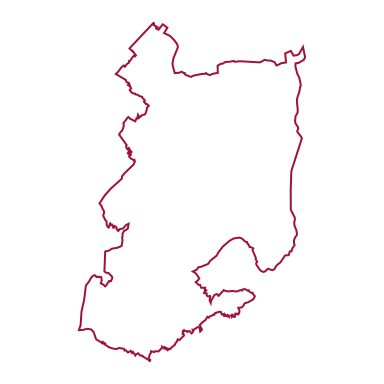 outline of Soledad Atzompa, Veracruz, Mexico
{"feature_id": "50627088B15412930906672", "entity_name": "Soledad Atzompa", "entity_type": "district", "adm_level": 2, "iso_a3": "MEX", "parent_name": "Mexico", "parent_adm1": "Veracruz", "projection": "robinson", "projection_center": [-97.186, 18.707], "detail": "fine", "context": "isolated", "style": "outline", "palette": "rose", "viewbox_px": 384, "rotation_deg": 0, "n_neighbors": 0, "source": "geoboundaries", "source_scale": "gbopen_adm2", "svg_char_len": 5997}
<svg xmlns="http://www.w3.org/2000/svg" viewBox="0 0 384 384"><path d="M113.3,348.6L116.3,349.1L118.9,348.0L122.7,348.5L124.2,349.0L124.5,350.5L125.7,350.2L128.0,352.5L130.6,350.8L131.9,353.0L132.9,351.8L135.3,355.5L136.2,354.2L138.3,353.3L140.0,355.4L142.3,355.7L142.2,356.1L149.0,360.2L149.5,361.0L150.1,360.7L150.3,360.0L148.6,358.8L149.8,354.3L150.8,353.1L151.1,351.2L154.3,352.1L154.5,351.5L155.3,351.3L158.5,351.4L161.0,348.9L162.1,347.4L162.1,346.8L163.7,348.2L164.0,347.7L164.4,348.1L164.5,347.1L166.6,348.1L165.9,348.7L167.6,350.2L169.0,348.8L169.5,349.3L170.7,348.6L171.4,347.6L175.0,344.7L175.3,343.3L176.8,341.8L177.7,339.3L179.5,340.0L184.0,335.5L183.4,334.5L183.6,333.5L183.4,333.2L182.7,333.6L182.8,331.0L183.8,330.3L183.9,331.0L186.6,330.9L187.3,332.0L188.1,331.4L189.5,331.0L191.5,333.4L192.8,332.3L193.3,330.9L192.7,330.3L192.6,329.7L193.5,329.9L197.8,327.0L199.6,327.9L200.2,331.5L202.0,329.6L199.7,325.1L202.5,322.2L205.3,320.2L207.5,316.8L208.8,317.7L209.9,316.3L212.0,315.6L212.7,314.9L213.8,314.9L213.6,314.5L215.6,313.2L215.5,312.9L219.8,311.7L220.8,311.9L221.2,313.2L221.7,313.4L222.1,314.6L223.2,314.1L223.7,314.5L224.2,316.1L225.3,315.8L225.3,315.0L225.8,315.7L226.8,316.3L227.2,315.1L227.5,314.9L228.9,316.7L229.0,315.8L231.7,315.7L232.2,314.6L232.7,314.9L232.2,316.7L233.1,316.0L234.2,317.0L234.9,316.8L235.2,313.7L237.5,313.7L237.4,314.5L237.9,314.6L239.2,313.2L239.5,310.6L238.3,307.8L241.6,307.5L243.7,305.4L243.8,304.6L244.8,303.2L248.1,302.3L253.3,299.3L254.9,296.2L253.2,294.3L252.6,292.7L251.0,292.8L249.0,291.1L248.7,290.3L248.0,290.8L245.6,289.4L244.2,289.1L242.8,289.4L242.1,290.6L241.0,290.1L240.0,290.3L237.5,291.3L235.6,291.5L233.1,291.0L227.6,291.4L225.3,290.9L223.8,290.1L218.6,295.9L218.0,295.5L217.5,294.4L216.6,294.1L214.4,295.0L211.0,301.1L210.7,302.9L209.6,300.3L210.3,296.2L210.0,295.9L208.1,296.4L207.3,296.1L206.6,294.8L206.7,293.4L204.0,293.1L204.1,292.6L206.3,290.3L205.7,289.8L204.8,289.9L204.7,289.0L205.1,287.7L201.2,287.8L200.1,284.9L198.5,284.8L195.7,282.1L197.7,280.6L199.3,278.4L196.4,274.1L195.2,272.8L192.9,271.5L196.7,269.7L198.5,267.1L199.6,267.2L202.1,266.4L208.1,263.9L210.1,260.9L216.7,255.6L218.1,252.8L222.9,246.5L229.7,240.7L233.9,238.4L239.4,237.6L241.7,238.4L245.8,242.0L247.1,242.1L247.5,243.8L248.4,244.2L249.6,247.0L250.4,246.9L253.3,248.4L252.6,250.0L252.7,250.6L255.8,257.8L255.8,259.5L257.2,261.7L256.5,262.6L256.1,263.7L256.5,264.9L259.7,269.6L261.1,271.0L262.9,271.8L263.8,271.9L265.3,271.2L267.6,269.0L268.2,268.8L272.3,270.2L274.4,269.2L275.8,266.6L277.1,265.0L280.6,262.2L284.8,255.8L285.7,255.3L288.7,255.2L289.8,251.4L291.4,251.4L292.4,248.3L294.6,245.1L294.0,243.2L294.0,240.2L295.3,237.0L296.7,235.4L297.0,234.1L296.4,230.4L294.5,225.6L294.2,222.9L294.9,219.4L294.7,217.4L290.8,209.8L290.7,190.5L291.3,172.2L291.7,169.9L301.9,138.3L300.7,136.1L297.4,132.0L297.3,130.9L298.3,128.4L298.1,127.4L295.3,122.9L295.1,120.9L295.5,116.5L297.6,112.5L297.7,109.2L296.9,101.7L297.1,98.5L299.4,91.5L300.1,87.0L300.7,86.1L300.5,83.2L299.2,77.4L297.3,73.8L295.4,66.3L295.6,63.3L298.6,62.9L303.7,60.0L305.1,57.3L303.0,47.0L299.0,54.1L297.0,55.1L293.6,55.7L290.8,50.9L285.2,53.4L286.0,62.5L281.6,63.1L277.0,65.4L276.4,65.4L274.7,62.3L270.6,60.5L268.4,60.6L264.5,59.9L260.1,62.4L241.0,61.3L238.2,61.3L234.9,61.9L233.7,60.9L230.6,61.6L225.4,62.0L222.4,63.8L221.0,63.7L217.6,65.7L217.8,72.9L212.7,73.8L209.9,75.1L207.1,74.1L206.1,73.1L204.8,73.9L202.4,73.9L193.9,75.5L191.0,76.9L185.8,74.9L184.9,74.2L184.7,73.0L183.6,73.1L181.9,71.7L178.5,72.9L174.7,73.0L172.9,66.3L172.5,63.6L173.4,58.3L177.9,47.3L177.5,45.3L176.8,43.6L174.3,40.3L170.1,36.0L164.1,33.1L167.4,27.7L162.7,24.3L158.6,29.7L156.0,28.5L156.3,26.8L156.8,26.8L153.4,24.9L154.1,24.1L153.8,23.1L153.4,23.0L129.5,48.4L132.5,51.3L132.7,51.1L135.2,54.4L135.0,54.7L135.9,55.4L134.8,56.5L133.9,55.8L132.9,56.7L129.2,62.0L128.9,61.7L128.8,62.9L126.9,64.0L125.0,66.7L123.9,65.5L121.3,67.5L118.2,71.6L115.8,74.0L125.9,80.0L126.6,82.3L128.9,82.8L129.2,83.8L127.9,85.0L129.1,85.8L129.7,85.1L130.1,85.8L129.7,86.2L131.2,88.3L129.7,89.9L130.2,90.9L130.9,91.3L131.4,92.5L133.8,93.6L135.2,93.6L135.6,94.4L137.4,94.7L139.1,95.9L142.1,96.8L142.0,97.4L144.8,100.2L144.2,101.1L144.9,102.3L144.5,102.3L145.8,103.9L147.0,104.1L148.8,105.7L147.0,107.8L146.5,110.6L145.2,114.2L141.4,115.5L141.2,116.2L139.8,116.9L138.7,116.0L138.0,114.8L137.5,117.1L138.5,117.3L138.8,118.1L137.2,118.7L137.2,118.3L136.5,118.3L135.3,121.3L130.0,118.7L128.4,117.0L127.8,117.4L123.4,123.2L123.8,125.1L123.5,127.0L122.2,130.6L120.7,131.9L119.1,134.6L126.7,145.1L126.0,146.4L126.8,148.5L127.6,149.3L128.4,149.4L128.3,148.2L128.8,147.9L129.9,149.7L129.9,150.7L131.1,151.4L132.1,152.6L130.1,151.6L128.7,151.4L128.7,152.0L129.2,152.0L129.3,153.1L128.1,152.7L127.8,153.3L129.0,154.3L130.1,153.8L130.6,154.0L130.8,155.1L129.7,155.5L129.0,156.5L130.6,158.3L133.6,160.1L134.3,159.9L134.2,161.1L134.9,161.3L133.8,164.3L124.3,173.5L121.9,176.6L121.8,178.7L110.8,188.6L104.9,195.2L99.5,203.4L101.6,206.1L102.0,207.6L103.9,211.0L104.1,213.0L103.3,214.8L103.3,215.9L105.4,220.2L106.5,221.2L106.7,225.0L108.0,227.2L108.6,227.6L109.2,226.9L109.8,223.6L110.3,223.3L111.1,225.0L112.2,224.7L113.3,227.8L113.8,227.8L114.5,226.0L116.2,227.0L116.6,227.7L116.7,229.5L117.7,229.7L118.1,230.9L119.0,230.4L119.9,229.0L123.0,228.5L126.1,225.0L128.6,223.8L127.9,228.4L125.8,230.2L124.1,230.8L122.5,233.9L122.6,236.2L122.1,237.3L122.5,240.6L121.6,246.0L117.3,247.8L111.8,248.7L109.2,250.5L105.2,251.5L104.4,271.5L106.3,272.8L108.5,273.0L112.0,276.6L112.3,278.1L111.0,281.1L109.0,281.0L108.6,282.3L107.6,282.9L106.4,285.3L105.1,286.4L103.7,284.8L100.8,283.4L101.8,280.1L101.1,277.0L98.4,277.1L97.9,276.6L96.8,277.1L95.8,276.4L95.3,275.4L93.5,275.4L91.1,277.7L89.2,281.3L85.9,285.6L84.2,299.5L81.5,311.5L80.6,325.1L78.9,330.1L83.1,329.9L86.9,328.8L91.1,329.4L93.7,332.2L96.0,339.0L96.9,339.8L101.2,342.3L101.9,343.3L102.8,343.4L102.8,342.0L105.2,343.5L104.7,344.4L109.3,347.4L113.3,348.6Z" fill="none" stroke="#9f1239" stroke-width="2"/></svg>